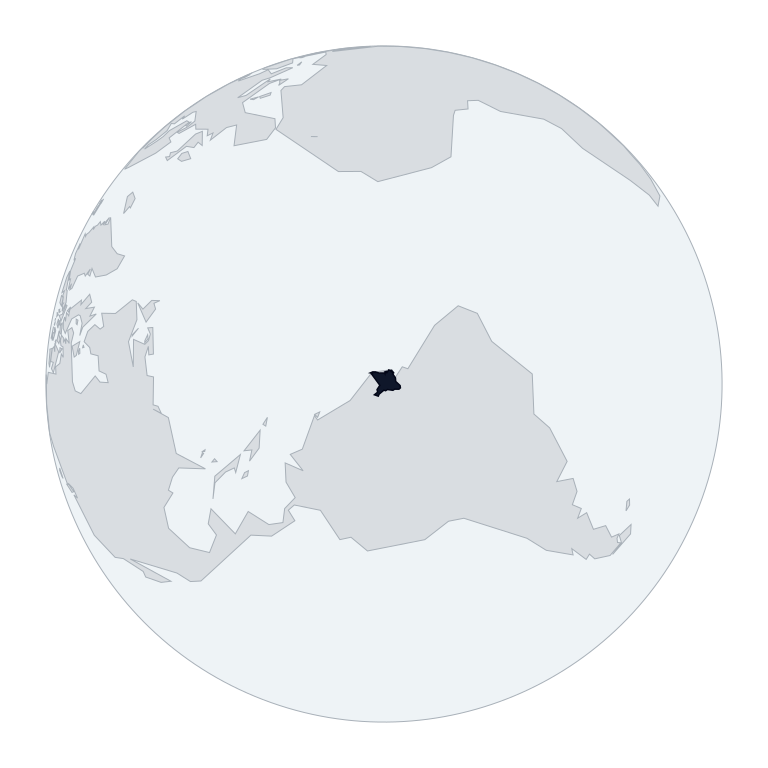 globe centered on Amapá, rotated 291°
{"feature_id": "BRA-681", "entity_name": "Amapá", "entity_type": "State", "adm_level": 1, "iso_a3": "BRA", "parent_name": "Brazil", "parent_adm1": "", "projection": "orthographic", "projection_center": [-52.454, 1.611], "detail": "coarse", "context": "on_globe", "style": "filled", "palette": "ink", "viewbox_px": 768, "rotation_deg": 291, "n_neighbors": 0, "source": "natural_earth", "source_scale": "10m", "svg_char_len": 8291}
<svg xmlns="http://www.w3.org/2000/svg" viewBox="0 0 768 768"><g transform="rotate(291 384 384)"><circle cx="384" cy="384" r="338" fill="#eef3f6" stroke="#a8b0b8"/><path d="M271.8,65.3L263.0,69.2L274.6,66.4L275.7,74.2L282.4,71.3L287.0,74.0L296.4,72.0L293.9,75.0L303.6,71.0L304.0,68.7L308.4,66.4L314.0,65.4L311.8,68.7L308.7,69.7L311.0,70.2L307.5,72.5L312.4,70.8L309.1,75.6L320.6,69.6L324.8,72.4L320.4,76.0L310.2,77.3L274.5,92.3L266.9,98.2L266.4,104.4L288.0,111.5L284.0,118.2L286.4,126.0L293.5,121.0L294.1,113.3L307.9,107.0L307.1,99.5L312.6,96.2L316.0,88.9L327.0,88.6L335.8,92.8L333.5,99.3L337.3,101.7L348.9,95.1L353.6,108.0L372.4,118.9L372.3,123.1L355.5,130.3L331.9,130.3L310.1,143.8L335.9,134.2L335.3,146.5L340.1,148.6L346.9,148.0L351.7,143.3L353.9,147.9L329.3,158.0L326.9,154.0L334.7,150.5L323.6,151.1L307.0,159.8L308.0,166.3L281.8,175.9L282.2,181.0L276.8,186.6L277.8,177.5L275.4,194.7L244.7,214.9L240.8,247.7L232.1,222.5L221.2,219.9L207.6,220.8L206.6,226.0L189.9,222.8L172.1,234.6L161.5,261.2L164.1,281.5L183.0,281.7L190.5,270.0L205.5,267.2L190.8,298.9L216.3,302.9L211.5,326.9L218.4,339.3L232.1,335.9L246.1,341.8L257.3,327.7L274.9,320.0L274.0,339.6L284.7,321.7L293.9,331.1L329.6,330.4L326.6,334.9L356.5,358.3L390.7,368.7L398.6,383.3L394.4,392.2L406.6,394.9L406.8,400.8L456.9,410.2L483.6,425.2L483.4,445.8L462.4,469.3L446.5,518.8L409.7,534.7L402.4,554.4L377.4,582.7L354.8,580.3L363.6,594.4L352.9,602.7L338.8,603.1L338.5,612.8L328.1,612.9L336.5,619.3L323.4,631.6L331.2,641.7L322.6,651.3L328.2,657.0L323.5,656.8L319.7,658.8L320.6,662.0L304.9,656.5L296.3,643.4L298.8,636.8L292.7,635.6L297.6,618.3L292.2,621.8L286.9,595.1L291.2,572.7L287.3,506.7L279.0,493.4L253.3,477.9L222.2,428.4L229.1,408.1L222.9,398.6L243.3,369.9L238.9,343.6L231.9,339.9L224.4,349.8L201.7,333.6L195.2,313.9L134.5,283.7L130.2,274.1L133.3,258.4L129.7,209.8L123.5,255.8L118.9,247.0L118.4,230.7L122.7,226.4L127.6,203.2L125.8,195.1L139.0,167.7L169.4,134.2L167.6,138.8L175.2,131.2L177.9,125.4L177.9,123.7L207.4,97.9L218.3,89.5L244.5,76.2L271.8,65.3ZM237.3,259.1L266.7,275.2L248.2,277.3L252.0,274.3L245.0,267.6L231.2,261.6L215.4,265.5L237.3,259.1ZM254.5,240.5L249.3,239.3L254.7,239.1L254.5,240.5ZM176.7,123.8L177.2,125.9L172.3,133.0L171.0,131.6L176.7,123.8ZM187.2,112.1L189.4,111.3L180.8,118.3L182.2,116.5L187.2,112.1ZM309.8,89.6L312.8,89.3L310.6,90.8L309.8,89.6ZM308.4,87.1L303.6,89.1L302.3,88.3L305.2,87.0L308.4,87.1ZM314.6,84.8L300.4,86.5L298.1,85.1L307.5,79.3L314.6,84.8ZM301.8,68.5L301.5,70.9L296.6,70.1L301.8,68.5ZM297.5,68.7L276.0,71.3L279.2,68.0L285.7,67.5L285.6,64.7L297.8,61.7L300.5,62.5L296.1,65.1L304.1,62.1L297.5,68.7ZM309.8,65.5L305.2,66.0L307.6,63.1L317.3,61.6L313.4,62.9L309.8,65.5ZM279.7,65.8L283.2,63.8L294.0,60.7L296.8,59.6L298.3,61.4L279.7,65.8ZM315.7,63.1L322.1,61.0L326.1,61.6L314.5,64.9L315.7,63.1ZM304.1,63.1L305.7,61.8L308.0,61.9L304.1,63.1ZM343.7,63.8L338.1,63.8L338.9,62.1L343.7,63.8ZM324.3,60.2L322.9,60.1L322.6,59.6L327.5,58.5L324.3,60.2ZM305.8,59.4L309.6,58.7L305.7,58.4L313.6,56.6L313.2,58.3L316.7,56.8L319.2,56.3L316.1,58.4L305.8,59.4ZM331.6,56.2L333.8,58.7L344.0,58.7L343.6,60.0L327.2,59.9L331.6,56.2ZM322.8,57.2L328.1,56.8L324.9,58.3L319.2,59.6L322.8,57.2ZM319.2,54.9L307.1,57.2L307.6,56.8L319.2,54.9ZM335.2,55.8L334.5,55.2L336.3,55.6L335.2,55.8ZM324.8,54.7L320.5,55.4L321.2,54.9L324.8,54.7ZM336.9,53.8L337.6,54.5L333.8,55.2L336.9,53.8ZM331.9,53.9L333.9,53.1L332.0,55.1L329.8,54.3L331.9,53.9ZM326.1,54.1L325.1,54.1L327.9,53.9L326.1,54.1ZM351.0,51.2L349.6,53.5L341.2,54.9L343.7,52.3L351.0,51.2ZM332.4,667.9L306.8,658.5L320.6,662.8L326.9,658.0L341.4,665.0L332.4,667.9ZM352.3,655.4L361.5,652.8L364.6,654.4L359.0,656.7L352.3,655.4ZM627.1,149.3L621.9,144.2L613.2,135.7L617.3,140.2L622.4,144.8L625.1,148.3L620.6,144.4L617.8,141.2L614.6,139.4L629.1,156.7L635.9,163.2L633.2,167.6L644.1,179.4L646.6,185.5L629.1,168.0L623.9,161.4L598.8,144.8L604.0,151.8L628.1,168.5L624.6,167.4L631.9,178.8L623.6,169.4L596.0,151.1L587.6,157.2L592.6,187.1L584.3,190.9L570.3,186.8L552.7,158.6L573.0,153.6L567.0,145.1L549.4,134.5L557.1,134.4L552.4,130.0L558.8,128.4L554.5,117.0L559.0,115.1L544.5,102.9L544.8,100.7L553.3,108.2L561.6,113.2L571.1,111.0L569.2,108.2L559.0,100.8L562.9,101.8L551.8,95.1L551.0,92.1L542.7,90.7L530.5,83.7L523.0,78.4L517.5,76.3L529.7,85.2L535.9,89.2L543.6,92.8L559.1,105.6L558.6,108.3L536.7,95.2L533.6,98.3L517.8,88.2L494.7,68.0L491.5,64.8L513.3,71.8L521.4,75.4L517.6,74.2L532.9,80.8L526.0,77.5L529.3,78.9L522.5,75.8L545.5,87.2L567.6,100.3L588.7,115.1L608.5,131.5L627.1,149.3ZM694.4,250.5L681.8,225.5L678.2,218.8L677.8,218.0L677.0,216.7L682.7,227.8L675.9,216.6L697.3,257.6L704.2,276.2L705.3,279.5L711.9,302.3L716.8,325.6L720.1,349.2L721.7,372.9L721.7,396.7L720.0,420.4L716.6,443.9L711.5,467.2L704.9,490.0L701.6,498.8L692.2,522.4L687.3,531.4L680.4,544.9L670.8,559.7L658.4,574.2L648.2,576.1L655.4,564.0L662.3,541.0L675.2,484.9L686.1,458.2L688.5,438.2L680.2,395.1L682.6,370.3L678.4,360.5L670.9,363.9L665.0,352.3L659.6,352.6L620.1,365.1L603.0,350.8L570.7,305.7L574.2,286.3L566.0,265.3L583.0,191.9L596.5,194.4L621.1,182.6L626.0,184.6L633.8,199.8L660.8,216.3L656.9,203.0L670.8,211.9L673.1,210.7L655.0,182.5L651.0,183.6L639.8,170.8L634.4,158.4L636.0,158.9L653.4,179.9L668.9,202.3L682.7,225.9L694.4,250.5ZM588.8,227.1L591.1,233.2L591.1,233.3L588.8,227.1ZM330.8,330.1L334.9,334.0L329.1,334.0L330.8,330.1ZM244.7,285.2L251.3,285.6L254.5,288.5L249.2,289.5L244.7,285.2ZM303.0,285.4L311.1,287.1L302.3,288.7L303.0,285.4ZM271.5,277.3L296.5,284.9L279.4,290.4L263.8,286.1L275.1,284.3L271.5,277.3ZM249.5,251.3L253.5,252.6L251.7,256.0L249.5,251.3ZM258.5,240.5L256.8,240.8L255.2,238.1L258.5,240.5ZM336.8,145.8L338.8,145.2L345.3,145.7L341.5,147.6L336.8,145.8ZM378.8,137.2L381.5,144.9L376.9,140.3L372.1,143.9L356.5,139.7L371.5,125.0L367.5,132.1L378.8,137.2ZM339.8,131.4L348.1,134.8L338.5,131.7L339.8,131.4ZM520.3,110.7L526.8,112.6L530.8,117.6L525.1,122.8L519.3,115.2L520.3,110.7ZM535.1,114.4L514.9,101.6L517.6,98.8L519.5,102.3L523.4,101.8L527.4,107.5L549.8,118.5L554.8,123.9L541.5,128.8L543.1,123.8L536.6,121.8L535.1,114.4ZM458.5,82.9L449.8,79.8L467.0,77.3L473.1,80.7L467.9,85.2L457.5,84.1L458.5,82.9ZM333.9,75.4L329.4,76.2L330.0,75.0L334.3,73.4L333.9,75.4ZM341.1,64.0L353.9,71.5L349.5,72.6L362.3,77.1L355.6,81.8L347.5,78.5L352.0,86.1L342.0,85.1L346.3,90.3L329.0,82.4L320.2,82.6L332.5,80.4L338.9,75.9L339.1,74.0L332.8,69.1L317.0,68.3L320.9,64.6L327.8,62.2L332.2,61.8L328.3,64.2L336.9,62.0L334.7,65.2L341.1,64.0ZM406.4,50.0L400.1,50.5L417.1,51.2L414.9,52.5L417.0,52.6L419.7,54.3L426.5,56.7L424.0,57.3L427.8,58.0L429.6,59.6L433.9,61.0L430.9,62.8L435.9,64.9L431.6,64.7L441.1,68.0L432.7,66.5L434.3,69.0L441.6,69.1L414.7,80.6L410.0,88.2L410.6,95.9L396.0,93.6L386.2,85.6L380.5,76.3L387.2,70.0L379.4,70.7L380.3,68.1L386.1,68.6L377.7,66.4L380.0,64.5L375.0,59.3L361.5,58.4L359.3,56.9L365.7,56.4L359.1,55.4L369.7,53.7L368.4,52.8L377.6,50.8L390.8,51.1L388.3,50.2L395.2,49.3L406.4,50.0ZM353.9,50.6L370.1,49.6L376.9,50.2L358.1,53.7L357.8,54.7L346.0,58.0L336.4,57.4L340.7,56.4L342.6,55.3L344.8,55.9L344.4,54.7L350.3,53.5L351.6,52.4L356.5,52.3L353.9,50.6ZM625.0,178.6L627.5,178.9L630.1,177.8L634.7,185.4L625.0,178.6ZM606.4,166.1L607.8,164.9L615.6,174.1L612.9,174.2L606.4,166.1ZM601.9,156.9L607.2,164.1L602.7,160.3L601.9,156.9ZM553.9,107.1L554.5,105.8L557.2,107.5L559.9,110.3L553.9,107.1ZM456.3,55.9L451.6,55.2L450.1,54.7L438.0,52.5L438.7,51.9L446.2,53.0L456.3,55.9ZM658.1,187.4L661.4,192.9L659.3,190.5L658.6,189.0L658.1,187.4ZM650.4,188.7L655.3,191.8L651.6,190.8L650.4,188.7ZM454.9,54.8L449.9,53.8L453.3,54.2L454.9,54.8ZM438.5,51.4L441.4,51.6L437.3,51.6L438.5,51.4ZM440.9,50.9L438.8,50.6L438.1,50.4L440.9,50.9Z" fill="#d9dde1" stroke="#a8b0b8" stroke-width="1"/><path d="M370.5,378.9L374.1,381.0L376.3,379.5L381.3,380.6L389.1,368.5L390.0,370.3L389.5,367.3L391.5,369.4L391.5,372.0L392.1,370.6L392.5,375.6L394.5,380.7L393.9,381.3L394.8,381.1L395.7,382.8L398.8,383.3L399.2,385.8L397.6,386.3L399.1,386.6L395.8,389.6L393.8,392.5L390.6,394.0L388.3,399.6L386.3,400.7L384.5,399.8L383.0,395.8L381.3,394.6L380.1,389.2L378.3,387.9L378.2,386.1L372.8,383.1L370.6,383.0L370.5,378.9ZM395.8,381.0L396.6,381.9L396.0,382.5L395.4,381.7L395.8,381.0ZM397.9,389.0L397.1,388.4L398.4,388.2L397.9,389.0ZM398.7,387.7L397.9,387.8L398.9,387.2L398.7,387.7ZM395.5,381.1L395.7,380.6L396.0,381.0L395.5,381.1Z" fill="#0f172a" stroke="#020617" stroke-width="1.5"/></g></svg>